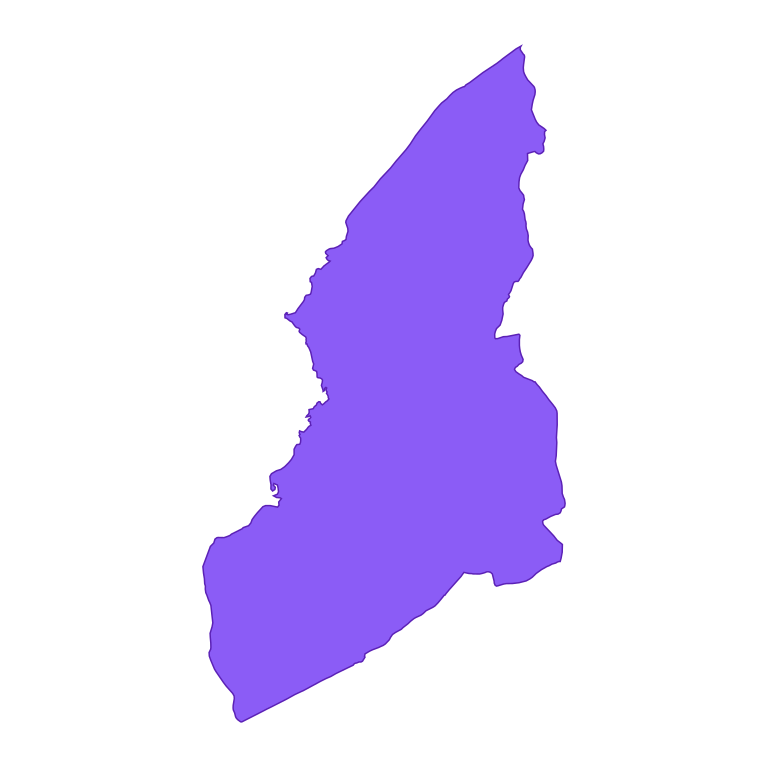 Kampong Seila, Kaôh Kong, Cambodia
{"feature_id": "14789045B74772931755748", "entity_name": "Kampong Seila", "entity_type": "district", "adm_level": 2, "iso_a3": "KHM", "parent_name": "Cambodia", "parent_adm1": "Kaôh Kong", "projection": "mercator", "projection_center": [103.945, 11.169], "detail": "fine", "context": "isolated", "style": "filled", "palette": "violet", "viewbox_px": 768, "rotation_deg": 0, "n_neighbors": 0, "source": "geoboundaries", "source_scale": "gbopen_adm2", "svg_char_len": 6101}
<svg xmlns="http://www.w3.org/2000/svg" viewBox="0 0 768 768"><path d="M521.0,46.1L516.2,48.8L503.3,58.3L497.1,63.2L482.9,72.6L469.8,82.5L465.9,84.9L464.5,86.6L463.1,86.9L460.3,88.1L456.5,90.0L453.0,92.5L449.8,95.6L446.8,98.9L441.6,103.0L439.2,105.6L434.8,110.6L427.1,121.2L420.8,129.0L415.6,135.7L410.2,144.1L405.9,149.8L396.0,161.2L390.5,168.1L380.4,178.8L373.9,187.0L369.7,191.1L360.0,201.7L348.5,216.0L346.0,220.8L345.8,222.5L347.8,228.5L348.0,231.3L346.4,236.3L346.0,239.5L344.4,240.6L342.4,241.4L342.0,243.9L338.1,246.5L334.0,248.2L330.2,248.6L329.0,249.1L326.4,250.7L325.4,252.0L325.8,253.5L328.1,255.7L326.1,257.7L327.1,259.4L328.3,260.5L330.1,261.1L329.1,262.1L324.1,265.8L320.9,269.3L318.2,268.6L316.4,269.4L315.4,273.0L313.7,276.0L312.1,276.2L311.3,276.7L310.0,278.4L310.2,281.7L311.5,282.4L312.2,286.4L311.1,292.5L310.4,294.2L308.6,294.9L306.2,295.3L304.7,297.3L304.4,299.7L303.4,301.5L298.0,308.6L295.4,312.7L290.3,314.3L288.1,314.7L286.7,314.3L287.4,313.0L286.4,312.7L284.9,314.5L285.0,317.8L286.9,318.5L289.9,320.9L292.0,322.0L294.8,325.9L296.3,327.4L298.8,328.1L299.8,329.2L299.1,331.2L299.6,332.3L302.3,334.6L305.7,336.9L306.3,338.7L306.0,339.8L306.3,341.0L305.8,342.8L306.1,344.0L306.9,343.9L307.6,345.9L308.8,347.5L310.7,352.0L312.7,361.4L313.7,364.0L312.6,368.4L313.5,370.1L315.6,370.8L316.7,371.6L317.0,373.7L317.1,377.0L317.9,377.7L320.1,378.0L321.7,378.9L322.5,380.1L322.2,382.6L321.4,385.4L322.7,389.1L323.1,390.6L323.1,391.4L324.4,390.6L324.7,388.4L325.9,387.4L326.7,388.0L326.1,389.5L326.3,390.7L327.1,392.0L326.5,393.5L327.4,394.5L328.1,396.1L328.3,397.8L328.9,399.0L327.2,400.9L325.7,401.9L323.7,403.9L322.3,404.8L320.7,403.4L320.0,401.8L318.8,401.7L317.0,403.1L316.4,405.0L314.3,406.7L313.2,408.7L309.0,409.6L309.2,412.3L308.6,414.0L306.7,415.9L306.1,417.0L308.3,416.6L310.1,415.8L310.8,417.3L309.9,418.5L308.5,419.4L308.3,420.4L309.1,421.4L310.4,422.0L310.3,423.4L310.9,425.3L309.2,426.2L308.0,427.4L306.8,429.1L303.8,432.1L301.6,431.7L299.6,430.9L299.2,432.8L300.0,434.5L299.1,435.4L299.8,437.0L300.6,438.0L300.7,440.3L300.5,442.4L299.7,444.3L296.8,444.6L295.6,446.3L294.1,449.2L294.1,454.7L291.5,459.3L288.6,462.8L284.7,466.7L280.9,469.4L276.4,470.8L271.5,473.7L269.9,476.4L270.2,480.1L271.0,484.8L270.9,489.0L272.6,491.0L274.9,489.5L275.3,487.3L273.3,485.1L273.9,483.5L277.4,485.0L278.1,488.0L278.5,491.9L277.4,494.2L273.5,495.8L276.6,497.5L280.1,497.8L281.4,498.6L278.7,502.0L279.0,505.2L277.6,507.1L270.2,505.6L265.6,505.6L262.9,506.7L257.5,512.6L254.4,516.4L252.1,519.6L250.9,522.9L248.6,525.7L243.2,527.6L242.1,528.8L231.5,534.1L230.0,535.4L227.6,536.4L224.1,537.6L218.0,537.5L216.9,537.7L215.0,539.1L213.8,543.0L210.4,546.4L202.9,566.6L203.5,573.0L204.4,578.6L204.7,583.8L205.4,586.0L205.3,589.2L205.8,592.7L206.9,595.2L208.8,600.6L209.6,602.1L210.9,605.4L212.8,622.8L212.1,626.7L210.1,633.3L210.3,637.3L210.8,642.9L210.9,647.5L210.7,649.2L209.1,652.5L209.3,656.1L210.8,660.3L214.5,669.1L216.0,671.6L223.5,682.5L226.3,686.2L232.6,693.3L234.1,695.9L234.3,698.6L233.2,705.3L233.1,708.0L233.3,709.9L234.6,712.8L235.6,716.8L236.3,718.1L237.6,719.6L240.6,721.8L241.8,721.9L262.8,711.2L267.0,709.0L271.1,707.0L286.8,699.0L294.9,694.5L304.1,690.2L320.7,681.2L326.1,678.5L330.8,676.5L336.0,673.5L353.3,665.1L354.2,663.8L355.2,663.2L356.6,663.0L359.0,662.0L361.0,662.0L362.5,661.2L365.0,657.1L364.5,656.6L365.0,653.9L369.7,651.1L372.7,649.7L378.6,647.5L380.9,646.4L383.2,645.4L385.4,643.9L389.3,639.8L390.5,637.4L392.5,634.5L395.4,632.5L401.4,629.2L403.0,627.6L408.0,623.7L410.5,621.3L413.9,618.6L415.8,617.5L420.9,615.2L423.2,613.5L426.1,610.7L433.2,607.1L435.0,605.9L438.0,602.8L441.6,598.5L444.2,595.2L444.9,595.2L446.1,593.5L449.4,589.5L461.0,576.5L463.9,572.4L469.0,573.5L471.7,573.6L473.0,573.9L479.6,574.0L482.3,573.4L485.0,572.6L486.8,571.8L488.6,571.8L490.5,572.3L492.3,573.9L494.1,581.1L494.3,583.3L495.2,585.3L496.5,586.1L497.9,585.8L503.8,584.0L506.4,583.6L512.5,583.5L519.1,582.7L526.2,580.9L529.9,578.9L532.3,577.2L536.1,573.5L541.5,569.6L546.8,566.6L549.1,565.7L552.0,564.1L555.8,563.0L557.4,562.0L559.1,561.5L560.2,561.5L561.1,558.2L562.2,552.2L562.4,544.5L561.8,543.9L557.2,540.3L553.6,535.7L543.7,525.2L542.9,523.6L542.6,521.2L543.7,519.8L545.8,519.1L550.7,516.4L555.5,514.4L558.1,514.1L560.2,512.8L561.0,511.0L561.5,508.9L564.5,506.9L564.9,505.2L565.1,503.3L564.5,499.4L563.5,497.3L562.2,493.5L562.0,485.9L561.4,482.0L556.2,465.2L555.4,461.3L556.2,455.8L556.8,442.5L556.4,437.6L557.2,424.8L557.1,413.3L556.8,411.0L555.3,407.9L553.0,404.8L548.7,399.5L546.1,395.8L542.4,391.3L539.4,387.1L537.0,384.5L535.0,381.8L534.1,381.9L532.2,380.6L523.6,377.3L521.7,375.6L518.8,373.8L515.9,371.7L514.5,369.4L514.7,368.6L515.7,367.2L517.3,366.2L518.9,364.4L521.2,363.2L522.7,361.7L523.1,359.4L521.3,355.2L520.3,351.9L519.7,348.5L519.4,345.4L519.4,339.6L519.9,335.3L518.9,334.2L507.1,336.5L503.3,336.7L497.7,338.6L495.4,338.7L494.8,337.7L494.7,334.1L495.3,331.6L496.5,328.6L500.1,325.1L501.8,320.3L503.1,314.0L502.7,309.9L502.7,307.4L503.6,304.3L504.3,302.6L505.5,301.6L506.8,301.0L507.4,299.0L508.9,297.7L509.5,296.7L508.5,294.4L509.7,292.9L511.0,290.7L513.3,283.4L514.3,281.9L516.0,281.4L518.0,281.4L519.1,280.1L519.7,278.8L520.9,277.4L523.4,272.6L526.4,268.2L531.2,260.4L532.4,257.9L533.1,255.6L533.0,253.2L532.4,249.1L531.0,247.6L529.5,245.4L528.5,242.6L528.0,240.2L528.2,235.6L527.6,232.1L526.4,229.0L526.0,226.0L526.1,223.8L525.8,221.7L525.1,219.7L524.4,213.8L523.7,211.5L522.5,209.3L523.1,204.0L524.4,199.6L523.9,197.4L523.6,195.2L522.2,193.3L520.0,190.6L518.8,187.9L519.0,181.9L519.6,177.6L520.8,174.3L523.3,169.8L525.1,165.3L527.7,160.5L527.5,153.5L533.5,151.7L535.0,151.5L536.3,152.8L538.5,153.9L540.1,153.8L542.0,152.8L543.6,151.2L543.8,149.2L543.6,146.5L542.9,143.8L544.2,141.2L545.1,137.9L544.5,134.6L544.6,131.6L546.0,130.3L544.1,128.5L538.8,124.9L536.7,122.2L535.2,119.3L531.4,109.8L532.2,104.5L533.1,100.3L534.9,94.6L535.2,91.9L535.1,89.9L534.4,87.3L533.7,86.3L527.6,79.8L525.6,76.3L524.4,73.9L523.6,71.6L523.3,67.7L523.6,64.4L524.6,56.9L524.3,55.1L523.5,54.5L520.3,49.8L520.3,47.4L521.0,46.1Z" fill="#8b5cf6" stroke="#5b21b6" stroke-width="1.5"/></svg>